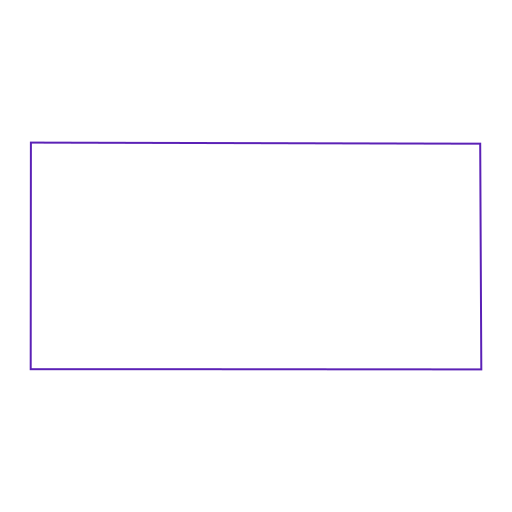 outline of Faulk, South Dakota, United States of America
{"feature_id": "52423323B83189995296662", "entity_name": "Faulk", "entity_type": "district", "adm_level": 2, "iso_a3": "USA", "parent_name": "United States of America", "parent_adm1": "South Dakota", "projection": "robinson", "projection_center": [-99.132, 45.071], "detail": "fine", "context": "isolated", "style": "outline", "palette": "violet", "viewbox_px": 512, "rotation_deg": 0, "n_neighbors": 0, "source": "geoboundaries", "source_scale": "gbopen_adm2", "svg_char_len": 209}
<svg xmlns="http://www.w3.org/2000/svg" viewBox="0 0 512 512"><path d="M168.0,369.2L481.3,369.4L480.2,143.7L477.7,143.7L30.9,142.6L30.7,369.2L168.0,369.2Z" fill="none" stroke="#5b21b6" stroke-width="2"/></svg>